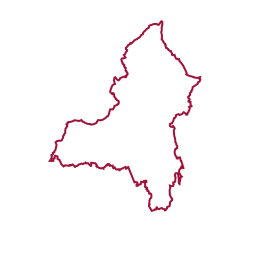 the district of Chom Bueng, Ratchaburi, Thailand, rotated 71°
{"feature_id": "78962969B91114195507687", "entity_name": "Chom Bueng", "entity_type": "district", "adm_level": 2, "iso_a3": "THA", "parent_name": "Thailand", "parent_adm1": "Ratchaburi", "projection": "albers", "projection_center": [99.539, 13.612], "detail": "fine", "context": "isolated", "style": "outline", "palette": "rose", "viewbox_px": 256, "rotation_deg": 71, "n_neighbors": 0, "source": "geoboundaries", "source_scale": "gbopen_adm2", "svg_char_len": 5835}
<svg xmlns="http://www.w3.org/2000/svg" viewBox="0 0 256 256"><g transform="rotate(71 128 128)"><path d="M133.6,212.6L134.8,209.4L132.7,208.3L132.7,207.2L131.4,206.9L130.5,205.8L132.1,203.9L134.1,204.7L135.0,204.2L135.1,203.7L135.9,203.1L137.0,203.2L138.2,202.8L138.6,203.0L140.0,203.0L143.4,201.4L142.8,199.8L144.5,196.0L143.9,195.3L144.2,194.5L144.8,194.3L144.4,192.3L146.4,191.1L147.5,190.8L147.6,190.5L147.2,189.9L147.3,188.0L146.5,186.2L146.6,183.4L147.4,182.5L147.1,182.1L147.3,180.1L146.9,179.5L147.9,178.9L148.1,177.6L148.5,177.1L150.3,176.4L151.8,175.5L151.8,175.1L148.9,174.1L149.0,173.6L149.9,172.4L150.7,170.3L153.0,169.6L153.5,170.3L153.8,170.3L154.0,169.8L154.9,169.8L154.9,169.4L156.1,168.5L157.5,166.5L157.5,165.0L158.4,164.4L157.8,164.1L157.2,162.6L157.2,162.1L156.4,161.0L156.5,160.5L156.2,160.5L156.2,159.7L155.9,159.7L155.4,159.1L155.7,157.9L156.7,157.9L157.0,157.2L157.8,157.5L158.6,154.7L159.9,155.1L160.8,155.0L160.8,154.4L161.3,154.4L161.0,153.4L163.1,152.9L163.8,151.7L163.7,150.9L164.0,149.9L164.3,149.7L165.2,149.9L165.3,149.7L164.9,149.4L164.6,148.3L164.0,143.0L165.9,143.0L165.4,141.0L165.0,140.9L165.0,140.5L181.5,139.6L181.5,138.3L182.6,136.9L183.1,137.1L184.0,137.0L184.2,137.8L184.9,138.1L184.9,138.7L185.4,138.7L185.7,138.1L185.6,136.9L185.1,136.2L185.3,134.3L183.1,133.1L184.1,131.6L183.9,130.4L183.4,130.2L183.6,128.3L183.9,127.9L184.9,128.1L185.2,128.8L185.2,129.3L184.5,129.8L185.9,130.2L187.5,130.2L188.9,131.1L189.7,130.8L189.9,130.2L190.7,129.4L191.3,129.5L191.8,130.4L192.6,129.7L193.8,130.2L194.5,129.0L196.9,129.4L197.2,128.9L196.7,128.8L197.3,128.0L198.2,127.6L199.3,127.8L201.4,128.6L202.1,130.2L203.8,131.4L207.4,133.0L207.5,132.7L208.5,133.6L214.0,132.6L214.2,130.1L213.7,129.3L214.1,128.7L214.1,127.9L212.5,127.0L212.4,126.6L214.3,126.0L214.9,124.8L214.6,124.0L214.7,122.0L215.5,121.6L216.5,120.2L217.8,120.0L218.0,119.2L216.9,118.2L216.8,117.3L215.4,116.6L215.5,114.3L213.2,112.9L211.9,112.5L210.7,110.4L210.7,109.8L209.6,109.3L207.4,110.0L204.4,110.2L204.1,109.9L201.6,109.3L199.6,108.5L198.6,107.6L196.1,107.1L197.1,105.8L197.5,104.3L196.4,103.4L195.7,103.4L195.6,103.0L194.2,103.0L194.3,101.5L194.0,100.9L190.1,99.1L188.7,99.2L187.7,99.0L186.5,98.0L186.3,97.4L187.0,95.8L187.9,95.7L190.5,96.2L192.1,96.3L195.5,97.6L197.1,97.8L197.6,97.5L195.7,96.7L194.3,95.6L191.7,94.4L191.5,93.0L190.3,93.6L187.3,94.1L186.2,94.0L184.9,93.5L183.9,92.7L183.6,91.4L182.7,91.0L182.0,90.1L183.7,89.3L183.8,88.6L176.5,88.4L176.3,88.8L172.8,88.4L172.3,90.4L173.1,90.9L172.6,91.8L170.9,91.6L170.0,92.0L167.5,92.1L166.0,91.8L164.1,90.8L163.1,89.6L163.3,89.1L163.1,88.1L162.4,88.0L161.7,87.4L160.9,87.3L159.7,87.8L158.1,87.4L156.9,87.9L154.8,87.2L150.1,86.7L145.4,85.6L143.6,84.0L142.4,84.1L141.8,84.7L140.8,84.8L140.8,85.2L141.4,85.9L140.9,86.8L140.2,87.5L139.4,87.6L138.0,87.2L137.7,86.1L137.9,84.7L137.2,84.3L136.1,82.9L133.6,81.2L133.7,80.4L133.5,79.8L132.6,78.9L131.5,78.5L131.3,77.4L131.3,75.8L132.5,75.0L132.4,72.5L131.2,70.2L133.0,68.8L134.4,68.6L134.5,67.4L133.3,66.8L132.6,65.6L131.6,65.1L131.5,64.6L131.0,64.1L128.9,63.1L128.1,63.4L128.2,61.4L128.0,60.8L126.6,61.5L126.0,61.0L125.2,61.1L123.8,60.4L122.7,62.2L122.0,61.9L121.5,60.6L120.9,60.3L120.4,60.4L119.1,61.2L118.2,61.1L117.0,58.5L115.4,58.3L114.8,57.5L114.4,56.2L113.3,56.0L112.6,54.7L110.4,53.5L108.9,47.6L107.6,47.0L107.4,45.2L105.5,43.8L104.7,44.5L103.4,43.4L103.1,46.6L101.4,49.4L101.2,49.3L98.6,53.2L96.2,55.5L95.3,54.6L91.8,54.9L86.7,55.6L82.2,57.1L81.8,57.5L79.5,57.3L79.2,58.8L78.7,58.9L77.8,60.1L74.1,60.2L74.2,60.9L73.8,61.3L73.8,61.7L73.4,62.3L73.0,62.2L72.8,62.5L71.9,62.1L70.3,62.5L69.5,62.2L69.0,63.1L68.1,63.5L67.5,64.3L66.5,64.3L66.1,64.8L65.1,65.1L64.7,65.9L62.5,65.9L62.5,65.6L62.2,65.4L60.6,65.4L60.4,65.8L59.5,66.2L55.4,66.9L55.2,67.3L51.9,65.8L48.1,65.4L46.8,64.3L43.9,63.5L42.9,62.6L41.9,62.4L41.3,61.8L38.7,61.0L38.2,60.4L38.5,61.1L38.0,61.6L38.2,62.2L40.4,65.3L40.0,66.4L39.3,66.7L38.8,67.4L38.1,69.6L38.2,74.6L40.1,75.9L40.4,78.2L41.5,79.8L42.0,81.3L43.0,82.8L44.1,83.3L44.4,85.1L46.1,87.6L46.4,89.4L46.9,90.4L47.0,92.8L48.7,96.1L48.8,96.7L49.2,97.1L49.2,97.9L48.5,98.3L49.0,99.1L49.6,99.6L49.7,101.0L50.8,102.0L51.4,103.8L52.8,104.3L54.2,103.4L54.8,103.8L55.8,105.6L57.1,106.5L57.7,108.2L60.5,107.4L60.8,108.9L60.3,111.2L61.3,112.1L63.7,112.1L64.3,111.8L64.7,112.2L65.6,112.1L66.7,111.2L66.9,111.6L67.9,111.3L68.6,111.5L68.7,111.2L69.7,111.4L70.3,111.0L70.3,110.7L70.7,110.6L71.0,111.0L72.5,111.5L73.2,111.5L73.5,111.1L74.5,111.2L74.9,110.8L75.6,110.8L75.9,110.6L77.1,110.9L77.2,111.5L77.9,112.0L77.7,112.5L78.0,113.1L78.8,113.2L78.7,113.5L79.2,113.8L79.1,114.1L78.1,115.0L78.1,116.9L78.4,119.3L79.5,120.2L79.8,121.7L78.2,122.8L77.1,123.1L76.6,123.6L75.9,123.6L76.0,124.4L78.2,125.7L80.3,126.0L82.1,125.9L82.2,127.6L82.5,128.6L83.4,129.7L87.3,132.8L87.9,133.1L88.6,133.0L91.0,131.7L91.0,131.3L90.2,130.8L90.4,130.4L91.6,130.2L94.1,130.8L94.9,130.2L96.7,130.1L97.0,129.5L97.9,129.5L98.4,128.9L99.8,128.0L101.9,128.9L101.9,129.4L102.2,129.6L102.1,130.2L102.7,130.6L102.7,133.6L103.9,134.2L105.5,136.3L104.7,138.1L104.6,138.7L106.7,140.4L108.2,141.2L110.3,143.1L110.2,144.1L111.2,145.9L111.9,148.8L111.9,151.0L110.8,153.8L113.0,156.4L113.2,159.6L112.8,161.1L112.8,161.9L112.0,162.4L110.9,164.9L108.7,167.4L107.6,167.9L107.2,169.0L105.3,169.4L105.5,171.5L105.3,172.2L103.2,176.2L103.6,177.7L103.4,180.9L103.0,182.2L103.2,183.1L103.3,183.5L104.3,183.7L104.4,184.9L105.4,184.7L106.6,184.8L107.0,185.7L107.6,186.1L108.2,187.2L110.3,188.3L112.3,189.0L113.1,190.4L114.3,191.2L114.5,192.0L116.0,192.6L118.1,194.7L118.2,196.0L117.4,197.2L117.5,198.0L117.3,199.3L117.4,199.9L117.9,201.1L120.9,201.1L125.2,203.8L125.9,205.1L126.8,205.5L127.0,207.1L127.9,207.0L128.5,207.9L128.7,208.3L128.6,209.2L128.9,209.3L129.4,209.0L131.0,209.9L132.1,209.9L132.1,210.6L133.6,212.6Z" fill="none" stroke="#9f1239" stroke-width="2"/></g></svg>